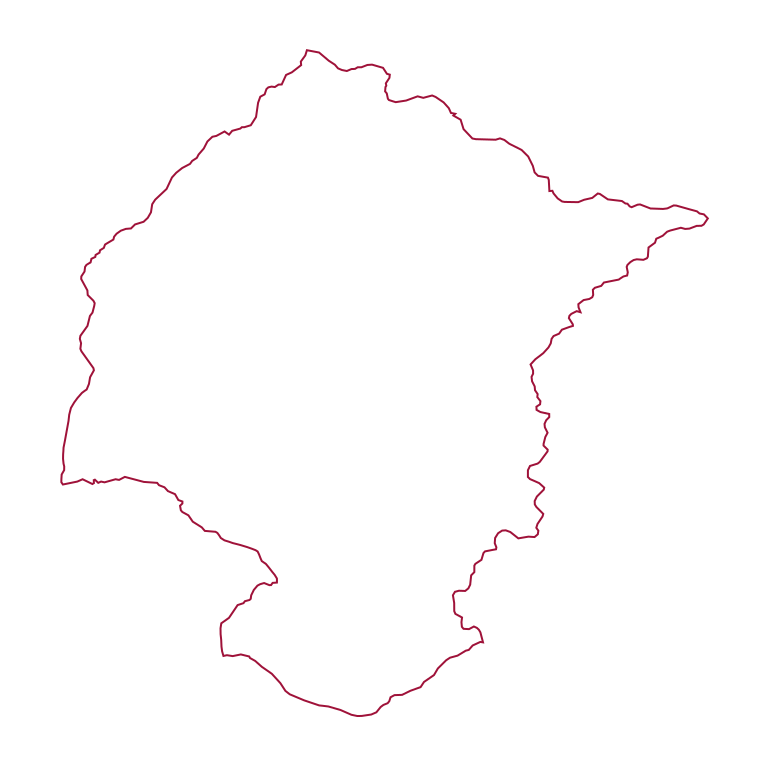 Luebo, Kasaï-Occidental, Democratic Republic of the Congo, rotated 91°
{"feature_id": "63176286B69668932062204", "entity_name": "Luebo", "entity_type": "district", "adm_level": 2, "iso_a3": "COD", "parent_name": "Democratic Republic of the Congo", "parent_adm1": "Kasaï-Occidental", "projection": "orthographic", "projection_center": [21.381, -5.592], "detail": "fine", "context": "isolated", "style": "outline", "palette": "rose", "viewbox_px": 768, "rotation_deg": 91, "n_neighbors": 0, "source": "geoboundaries", "source_scale": "gbopen_adm2", "svg_char_len": 5628}
<svg xmlns="http://www.w3.org/2000/svg" viewBox="0 0 768 768"><g transform="rotate(91 384 384)"><path d="M511.1,222.5L504.3,229.5L501.8,231.1L498.4,231.3L493.9,229.2L486.8,222.4L485.7,222.2L484.8,222.0L480.4,227.1L478.4,231.8L476.5,236.4L475.3,237.6L474.5,238.5L467.7,238.6L463.4,236.6L460.9,229.0L459.2,226.9L448.5,219.3L446.8,219.2L442.8,223.4L442.0,223.4L441.1,223.4L434.2,221.8L429.9,219.6L424.5,222.4L421.1,222.8L417.4,221.2L414.2,218.2L411.1,218.3L409.3,227.2L407.2,231.0L404.0,231.2L401.6,227.6L398.4,227.3L394.4,230.5L391.4,230.2L387.6,232.9L383.8,233.3L378.7,236.0L374.3,236.6L371.1,235.1L367.8,235.2L361.9,237.8L356.6,233.1L350.4,225.3L344.6,220.2L340.5,218.0L335.9,217.2L333.1,215.3L330.6,209.8L326.6,207.1L323.8,199.8L322.6,196.1L321.6,196.2L321.0,196.3L314.9,200.3L312.6,199.8L311.2,198.5L310.6,197.9L307.8,192.6L308.8,188.8L304.0,190.8L300.8,191.1L296.6,185.9L295.4,180.2L293.6,177.3L291.3,176.4L286.1,176.8L284.1,174.8L282.1,168.5L278.7,165.9L275.5,151.1L274.3,149.5L272.3,146.5L271.3,142.8L268.1,142.2L262.7,143.4L260.6,142.6L257.8,139.8L255.7,136.6L254.9,133.4L255.3,126.8L253.7,123.3L252.1,122.4L242.9,121.9L238.0,115.5L234.0,114.3L233.0,112.1L231.2,108.5L230.9,107.9L226.8,103.6L225.6,100.6L222.6,89.9L223.7,85.6L223.3,81.3L220.4,74.0L220.4,73.5L220.3,69.4L218.9,67.1L212.8,63.1L208.8,67.1L208.0,71.5L205.9,74.1L203.9,82.0L200.5,94.9L200.4,97.5L203.4,103.6L203.6,104.5L204.1,108.1L203.9,118.5L203.9,120.5L200.0,131.1L200.3,133.6L202.9,139.5L202.1,141.5L199.5,143.7L199.3,145.8L196.9,149.3L196.7,151.3L195.5,163.4L190.2,171.5L189.8,173.6L194.3,179.0L196.3,187.1L198.8,193.0L198.8,206.6L198.4,209.1L195.4,213.6L193.4,215.3L190.5,217.8L187.9,219.0L188.2,222.0L177.1,222.8L174.8,223.7L173.2,233.6L169.8,237.1L163.3,239.0L154.0,243.8L147.6,250.5L146.3,253.1L142.0,262.1L141.4,263.2L137.9,267.9L136.4,272.3L137.8,276.6L137.6,296.4L137.0,299.9L127.8,308.9L118.4,312.0L114.4,319.3L112.6,317.5L111.8,321.8L107.1,324.0L101.4,329.3L96.1,337.4L94.7,340.9L96.3,346.6L97.2,349.7L95.8,355.4L100.2,366.8L102.0,377.2L101.3,379.7L100.0,384.0L98.7,385.1L93.4,386.3L91.4,388.0L87.0,387.7L85.7,386.9L83.3,387.4L77.8,383.9L74.6,383.6L73.8,386.5L67.9,390.5L64.9,401.5L65.3,406.2L67.7,412.1L67.8,415.9L69.4,418.4L69.6,420.4L69.6,421.5L69.7,422.1L71.7,426.6L70.8,431.5L69.2,435.5L65.6,438.7L61.7,444.9L53.7,454.7L51.6,466.9L56.8,468.4L63.1,472.8L66.6,472.4L74.0,481.6L76.7,487.3L86.3,491.5L86.5,494.7L89.0,498.3L88.6,501.6L89.4,504.8L91.2,506.7L96.5,508.4L98.9,512.7L105.0,514.8L119.3,516.6L121.4,517.9L127.6,521.7L129.7,528.2L129.7,530.6L131.1,532.1L133.5,540.2L137.4,543.3L134.3,547.8L138.9,556.0L139.8,559.9L144.6,564.8L151.7,568.3L157.8,573.4L161.2,575.1L162.2,576.6L164.3,579.7L167.3,581.8L171.6,589.6L176.4,595.4L181.2,599.6L192.8,604.8L203.7,616.0L208.3,618.9L216.4,620.0L222.0,623.1L226.0,627.2L228.8,635.7L232.9,639.7L233.4,644.8L235.3,649.8L238.4,654.0L241.4,656.4L244.3,657.1L248.5,663.9L249.4,665.3L250.4,665.7L252.8,666.5L255.3,670.3L257.6,670.7L260.0,674.6L262.0,674.9L263.9,678.7L267.5,679.5L270.0,683.5L272.1,684.9L276.8,685.4L281.7,688.5L284.3,688.6L295.6,682.2L300.2,681.8L305.8,676.0L308.2,674.7L309.0,674.8L311.0,675.1L317.7,676.7L321.1,679.2L331.1,681.5L341.1,688.4L344.2,688.9L348.5,687.6L354.1,688.2L356.6,687.1L373.2,674.8L375.4,674.3L382.2,677.9L382.5,678.0L389.1,679.0L394.7,681.2L396.1,683.2L398.2,685.9L403.3,690.2L407.8,693.4L413.4,696.6L420.2,698.2L426.5,698.8L445.4,701.9L447.7,702.3L453.3,703.3L456.6,703.4L460.0,703.6L464.4,703.6L469.3,703.0L472.0,702.3L475.7,702.3L480.1,704.7L484.8,704.9L487.8,704.9L490.1,703.3L486.9,688.9L484.5,683.7L489.1,673.8L488.1,672.3L485.2,672.5L484.7,671.4L487.8,668.0L486.5,665.2L487.2,661.7L483.9,650.7L484.3,648.6L484.5,647.2L481.4,641.5L486.1,622.4L486.8,609.1L489.1,607.2L491.1,601.7L494.9,598.1L497.8,591.0L503.6,587.6L505.0,583.5L507.0,583.5L509.3,585.8L513.8,584.9L515.5,583.4L518.7,577.3L525.0,572.8L530.5,563.7L534.0,560.6L534.7,549.9L535.8,548.0L538.3,546.1L540.8,544.5L543.1,540.8L544.4,536.3L545.7,532.4L546.7,528.1L547.5,524.8L549.5,517.8L551.0,513.3L552.4,509.5L553.7,507.4L556.7,505.9L560.4,504.4L563.2,503.1L566.0,498.9L569.4,496.0L572.0,493.9L573.9,492.4L576.7,490.0L579.2,488.4L580.3,487.7L582.2,487.6L584.4,487.6L584.6,489.7L584.8,491.9L586.7,493.2L587.0,493.4L587.1,495.1L585.1,500.4L586.3,504.3L587.8,507.0L592.2,510.6L594.2,511.5L597.6,513.1L601.1,513.5L602.3,514.7L603.6,519.3L605.6,520.7L607.6,526.5L620.5,534.9L626.1,542.5L631.1,543.2L637.0,543.0L642.8,542.3L649.4,541.9L654.1,541.2L658.7,539.8L657.9,536.3L658.7,530.5L656.9,522.4L658.8,514.0L660.3,513.2L663.1,508.0L669.0,501.1L669.3,500.6L675.7,491.1L684.9,482.4L692.6,477.2L695.9,472.8L701.7,458.3L706.5,443.2L706.8,439.8L707.4,434.0L710.7,421.8L715.3,410.8L716.4,405.1L716.3,400.6L714.7,391.0L712.4,385.9L707.0,381.7L704.9,379.0L703.1,374.8L701.1,373.2L700.8,373.1L697.1,372.0L694.9,368.1L694.5,360.5L690.3,352.3L686.4,342.1L681.2,338.8L674.1,328.9L667.5,325.2L659.1,317.0L656.5,313.2L654.3,305.7L649.2,297.6L648.4,294.6L643.9,290.8L640.2,283.2L640.6,280.5L630.6,283.3L628.0,284.9L626.2,286.9L624.9,289.9L627.6,294.7L627.4,300.2L627.1,300.5L625.4,301.9L620.8,302.4L616.1,301.9L612.6,308.6L609.9,309.8L601.7,310.0L594.0,311.4L590.5,309.4L590.4,308.9L589.4,305.5L589.4,305.2L589.5,299.2L586.9,296.1L583.1,294.3L582.7,294.3L573.8,293.5L570.5,290.4L564.0,290.5L562.2,289.5L558.1,283.5L551.3,281.6L549.6,280.1L548.0,272.6L547.3,269.1L545.3,268.8L541.2,270.5L536.0,270.2L531.2,267.3L528.5,263.3L528.2,259.7L529.8,255.1L536.0,247.0L534.1,236.9L534.4,230.8L531.6,227.6L528.0,227.1L525.1,229.2L523.7,228.8L521.3,228.1L513.7,223.2L511.1,222.5Z" fill="none" stroke="#9f1239" stroke-width="2"/></g></svg>